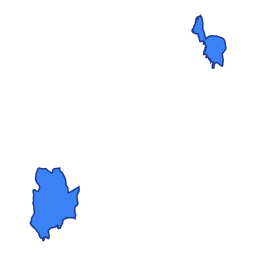 the district of Zoquiapan, Puebla, Mexico
{"feature_id": "50627088B37911705580944", "entity_name": "Zoquiapan", "entity_type": "district", "adm_level": 2, "iso_a3": "MEX", "parent_name": "Mexico", "parent_adm1": "Puebla", "projection": "equal_earth", "projection_center": [-97.554, 20.058], "detail": "fine", "context": "isolated", "style": "filled", "palette": "blue", "viewbox_px": 256, "rotation_deg": 0, "n_neighbors": 0, "source": "geoboundaries", "source_scale": "gbopen_adm2", "svg_char_len": 5534}
<svg xmlns="http://www.w3.org/2000/svg" viewBox="0 0 256 256"><path d="M35.6,178.1L35.5,178.7L35.5,179.3L35.7,179.9L36.0,180.4L36.5,181.9L36.9,182.6L37.5,183.3L38.3,184.4L39.2,185.5L39.5,186.4L39.7,186.8L39.7,187.4L39.4,188.5L38.9,189.9L38.6,190.4L37.7,191.2L37.4,191.4L36.9,191.3L36.5,191.3L36.3,191.1L35.6,190.5L34.9,189.9L34.5,189.7L34.0,189.7L33.6,189.8L33.3,190.2L33.1,190.8L33.1,191.7L33.3,192.6L33.5,193.8L33.6,194.8L33.6,195.4L33.6,196.4L33.4,198.4L33.5,200.5L33.5,201.3L33.0,203.0L33.0,203.7L33.2,204.4L33.5,205.1L33.8,206.2L34.0,208.1L34.0,209.1L34.0,210.1L34.2,211.2L34.4,212.2L34.4,212.9L33.8,214.3L33.2,215.5L32.6,216.4L32.0,217.5L31.6,218.5L31.4,219.5L31.4,220.3L31.3,221.1L30.8,222.3L30.2,223.1L30.6,223.5L31.0,224.4L31.1,224.8L31.5,225.2L31.5,225.3L31.6,225.7L32.1,226.0L32.3,226.0L32.5,226.2L32.6,226.3L32.7,226.6L32.9,226.7L33.2,227.2L33.6,227.3L33.6,227.5L33.8,227.5L34.0,227.5L34.4,227.8L34.5,228.1L34.8,228.6L35.0,228.7L35.3,229.1L35.6,229.2L36.2,229.8L36.4,230.0L36.5,230.3L36.7,230.6L36.8,230.8L36.8,231.0L37.0,231.4L37.2,231.7L37.8,232.1L38.1,232.3L38.4,232.8L38.6,233.0L38.7,233.3L38.7,233.8L38.9,234.4L39.0,234.8L39.1,235.2L39.6,236.0L39.6,236.3L39.7,236.7L40.3,237.2L40.8,237.8L41.3,238.1L41.6,238.2L41.8,238.1L42.1,238.2L42.5,238.5L42.7,239.0L42.8,239.4L42.7,240.2L42.9,240.6L43.6,240.5L43.8,240.3L44.0,239.9L44.1,239.6L44.1,238.6L43.9,238.2L43.9,237.9L43.8,237.6L44.2,237.2L44.5,237.0L45.3,236.7L45.9,237.4L45.9,237.5L46.0,237.6L46.2,237.4L46.4,237.1L46.5,237.1L46.6,237.3L47.0,237.6L47.3,238.0L47.6,238.1L48.0,238.5L48.4,238.6L48.6,238.5L48.9,238.0L49.1,237.4L49.0,235.8L49.0,234.7L48.7,233.2L48.5,232.2L48.3,231.1L48.3,230.8L48.4,230.3L48.7,230.0L48.9,230.0L49.1,229.7L49.4,229.3L49.7,229.1L49.9,228.7L50.0,228.5L50.2,228.4L50.5,228.3L51.2,228.0L51.3,227.7L51.9,227.8L52.5,227.7L52.7,227.8L53.8,227.4L54.5,227.3L54.9,227.2L55.3,227.0L55.6,226.8L56.0,226.3L56.3,226.1L56.6,225.9L56.9,225.9L57.1,225.8L57.2,225.7L57.3,225.5L57.4,225.4L57.5,225.3L57.9,225.7L58.1,225.9L58.0,226.1L57.9,226.2L57.6,226.2L57.4,226.3L57.3,226.6L57.5,227.4L57.6,227.7L58.1,228.1L58.3,228.4L58.6,228.5L58.8,228.3L59.1,228.2L59.5,228.4L59.8,228.3L60.2,228.1L60.3,227.7L60.6,227.4L61.1,225.8L61.7,224.7L62.0,224.3L62.6,223.1L62.7,222.8L62.7,222.4L62.5,222.1L62.4,221.9L62.6,221.5L62.7,221.1L62.7,220.7L63.2,220.2L63.3,220.2L63.7,219.8L63.8,219.4L64.2,218.8L64.5,218.8L64.7,218.6L64.9,218.7L65.3,218.7L65.6,218.7L65.8,218.1L65.8,217.8L66.1,217.7L66.8,217.8L66.9,218.0L67.1,218.1L67.5,217.9L68.6,217.7L70.6,217.7L72.0,217.8L73.1,217.7L73.3,217.9L73.9,218.1L74.4,218.4L75.0,218.7L75.1,217.7L75.3,216.8L75.6,215.0L75.6,214.4L74.9,212.3L74.7,211.3L74.8,210.5L74.8,208.7L74.9,207.7L75.2,206.4L76.1,205.9L76.5,205.8L76.8,205.7L77.0,205.3L77.1,204.9L77.1,204.6L77.5,204.5L77.7,204.1L77.8,203.5L77.8,203.0L77.4,200.4L77.2,199.7L77.0,197.9L77.1,197.7L77.1,197.3L76.9,196.7L76.9,195.6L76.9,195.2L77.1,194.8L77.4,194.4L77.6,194.1L77.8,193.8L77.9,193.1L78.1,192.8L78.2,192.4L78.5,192.1L78.7,191.9L78.9,191.5L79.0,190.1L79.1,189.4L79.1,189.1L79.1,188.6L78.9,187.4L78.9,186.8L73.5,190.1L71.0,191.7L68.0,192.8L67.9,187.8L66.6,186.1L66.2,185.1L65.7,182.7L65.7,181.7L65.7,180.9L65.3,179.3L64.9,177.5L64.2,176.5L63.3,174.5L62.5,173.1L61.7,172.2L60.1,171.1L59.9,170.4L59.9,169.4L59.7,168.0L59.0,168.2L58.3,168.4L57.3,168.4L56.6,168.4L55.9,168.5L55.1,168.7L54.3,168.8L53.5,169.3L53.1,169.7L52.8,170.8L52.8,171.7L52.4,172.7L51.8,172.8L50.8,172.5L49.6,171.7L48.6,171.1L47.8,170.5L46.8,169.4L46.2,168.9L45.6,168.7L44.8,168.6L43.3,168.9L42.7,168.7L41.9,168.8L39.8,168.2L39.1,168.1L38.5,168.2L38.2,168.5L37.8,169.1L37.0,171.5L36.8,172.1L36.4,172.7L36.3,173.1L36.1,174.0L36.0,174.9L36.0,175.9L35.6,178.1ZM210.2,61.2L210.3,60.3L210.6,60.4L211.0,60.8L210.9,62.0L211.4,61.4L212.4,62.1L212.8,62.3L213.4,62.6L212.8,63.6L212.2,65.9L212.2,66.9L212.5,68.1L213.2,68.1L214.0,67.9L213.8,67.3L213.9,66.2L214.4,64.3L214.8,63.4L215.1,62.9L215.7,62.9L216.5,62.6L217.0,62.6L217.5,62.9L218.0,63.3L218.9,63.9L221.2,65.8L221.9,66.1L222.4,66.0L222.6,65.3L222.7,64.5L223.2,60.5L222.5,55.7L222.1,53.8L224.5,51.0L224.9,50.1L225.5,49.6L225.8,48.4L225.8,46.9L225.3,44.6L224.9,41.8L224.7,41.0L224.3,40.1L223.7,39.1L222.8,38.3L221.7,37.8L218.1,36.6L216.8,36.0L213.6,36.1L212.8,35.8L212.1,35.8L209.4,36.1L209.0,36.6L208.5,36.6L208.1,36.8L208.0,37.1L207.5,37.4L207.3,37.8L207.0,38.1L206.8,38.0L206.3,38.0L205.8,38.7L205.7,38.3L205.3,37.0L204.9,35.7L203.4,30.2L203.2,30.1L203.0,29.8L202.6,29.0L202.7,28.3L202.7,27.5L202.8,24.7L202.8,22.6L202.1,19.3L201.6,16.9L200.7,16.9L200.6,15.4L199.7,16.1L198.7,16.6L197.8,17.0L197.9,18.4L197.9,19.1L197.3,19.3L196.9,17.8L196.5,18.5L196.1,18.7L196.3,20.1L196.1,20.2L196.1,20.3L195.7,20.4L196.1,21.5L195.2,22.5L195.4,24.0L195.0,24.3L193.8,26.5L193.7,27.9L193.4,28.1L192.0,30.1L192.7,31.4L193.1,30.5L193.4,31.2L192.4,31.6L192.9,32.2L193.0,32.4L195.2,33.5L197.1,33.9L197.3,33.9L197.5,33.7L197.9,33.7L198.1,35.1L198.5,36.4L199.0,37.6L199.3,39.0L199.6,40.3L200.0,41.6L203.2,41.2L204.1,41.3L204.7,42.4L203.6,42.5L203.4,43.9L205.2,43.7L205.2,44.9L205.4,44.9L205.8,46.3L206.0,46.3L206.2,47.5L205.7,47.7L205.1,47.8L205.5,48.9L205.0,49.0L205.3,50.3L204.8,50.3L204.9,51.2L203.9,51.3L204.0,51.7L203.9,52.2L204.3,52.9L203.6,53.9L203.5,54.4L203.6,54.6L205.1,54.1L205.6,54.2L206.3,54.6L206.5,54.7L206.3,55.2L206.2,55.6L206.8,56.7L206.7,56.9L205.9,57.3L206.1,57.6L206.6,57.4L207.6,56.5L208.3,57.4L208.3,58.0L208.8,58.6L208.9,59.4L209.1,59.4L209.9,59.1L210.1,59.1L210.4,59.2L210.4,59.6L210.1,61.1L210.2,61.2Z" fill="#3b82f6" stroke="#1e3a8a" stroke-width="1.5"/></svg>